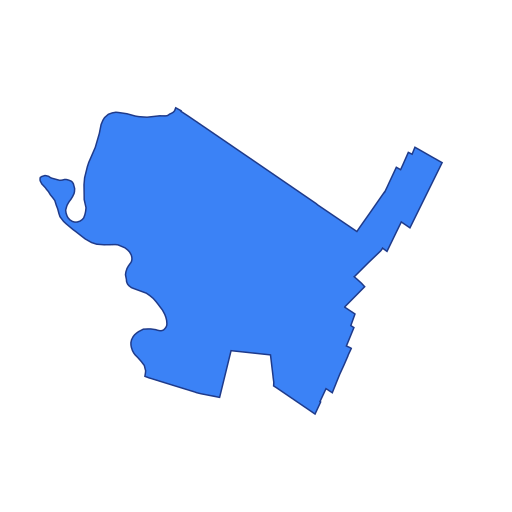 outline of Moldoveni, Ialomita, Romania, rotated 80°
{"feature_id": "2599482B86291871971416", "entity_name": "Moldoveni", "entity_type": "district", "adm_level": 2, "iso_a3": "ROU", "parent_name": "Romania", "parent_adm1": "Ialomita", "projection": "robinson", "projection_center": [26.516, 44.733], "detail": "fine", "context": "isolated", "style": "filled", "palette": "blue", "viewbox_px": 512, "rotation_deg": 80, "n_neighbors": 0, "source": "geoboundaries", "source_scale": "gbopen_adm2", "svg_char_len": 3169}
<svg xmlns="http://www.w3.org/2000/svg" viewBox="0 0 512 512"><g transform="rotate(80 256 256)"><path d="M387.0,261.2L389.3,258.7L397.4,250.4L421.9,225.3L411.0,217.7L410.5,218.3L398.8,210.1L403.9,204.6L403.7,204.5L395.7,199.5L395.5,199.4L387.5,194.4L387.3,194.3L380.1,189.3L378.9,188.5L378.8,188.4L370.2,182.7L369.8,182.6L366.8,180.5L366.7,180.4L363.7,178.3L363.5,178.2L363.1,178.7L362.6,179.3L360.3,182.6L351.9,177.3L343.5,172.0L341.0,174.7L330.3,168.6L321.8,177.5L321.4,177.3L305.1,154.3L301.2,156.8L297.2,159.9L293.5,162.9L293.4,162.7L281.9,146.2L272.6,132.3L271.0,130.6L270.2,130.0L271.8,128.5L274.2,126.2L257.6,114.2L247.7,107.0L255.0,99.5L238.5,87.4L196.4,56.5L189.0,65.5L179.6,76.8L176.5,80.6L179.7,82.6L182.9,84.6L180.4,88.0L191.9,95.7L196.1,98.6L193.0,102.4L206.4,111.8L210.3,114.5L215.6,118.3L215.4,118.5L219.1,122.2L234.2,137.2L245.3,148.4L249.4,152.4L239.4,162.7L216.5,186.3L214.7,187.8L161.7,241.9L106.5,298.4L100.5,304.8L100.0,304.5L96.1,309.3L96.7,309.7L98.8,310.9L100.0,312.4L100.6,314.0L101.0,315.3L101.1,315.8L101.2,316.3L102.0,317.9L102.4,319.2L102.3,320.9L101.2,326.7L100.4,339.2L99.4,343.3L98.4,347.2L97.3,350.4L93.5,358.4L90.9,366.2L90.1,369.0L90.1,372.7L90.8,376.8L93.4,381.1L95.6,383.1L99.6,385.7L108.1,389.0L121.1,395.4L129.6,401.0L134.7,404.4L138.8,406.6L144.0,408.9L145.8,409.7L149.2,411.2L155.9,413.0L166.4,414.7L170.6,415.4L177.0,415.1L179.0,415.0L182.3,416.0L184.1,416.7L185.9,417.5L187.2,418.3L188.5,419.0L189.8,420.6L190.2,421.3L191.1,423.3L191.5,426.2L191.2,428.5L190.1,430.8L189.0,432.0L188.1,433.0L185.5,434.6L183.5,435.2L180.6,435.6L177.8,435.5L174.2,433.8L173.0,433.1L171.4,431.8L169.8,430.4L168.1,428.5L165.5,426.2L164.2,425.3L163.0,424.4L161.1,423.6L158.2,422.9L153.2,423.3L151.4,424.0L150.1,425.1L148.8,427.2L147.8,429.3L147.4,431.0L147.6,433.9L147.5,435.1L147.4,436.2L143.8,443.8L142.7,445.3L141.6,446.3L140.8,448.0L140.1,449.8L140.5,453.1L141.2,454.8L142.6,455.3L144.4,455.5L147.9,454.4L152.3,451.5L153.9,450.8L156.6,449.2L160.0,447.9L163.2,446.1L166.4,444.5L171.1,443.9L175.2,443.1L180.0,442.7L183.3,442.2L188.5,439.5L191.3,437.4L198.2,431.6L200.6,429.3L206.5,424.0L209.5,421.3L214.2,415.6L216.7,410.9L218.5,403.9L219.3,399.3L220.3,392.6L221.0,390.1L223.7,385.9L225.2,383.6L227.8,381.3L230.1,379.8L233.2,378.7L235.5,378.5L237.5,378.7L239.6,379.5L240.9,380.5L241.9,381.6L243.8,383.5L245.9,385.2L249.1,386.9L251.8,387.8L256.6,387.7L258.4,387.9L260.0,387.7L261.5,387.3L263.2,386.3L265.5,384.2L266.9,381.9L270.9,375.0L273.6,370.4L276.7,367.3L279.9,364.6L283.7,362.3L287.1,360.5L290.5,358.8L293.0,357.5L297.6,356.0L300.7,355.4L303.8,355.2L307.2,355.5L309.0,356.0L310.7,357.2L311.9,358.6L312.8,359.9L313.1,361.5L313.1,362.6L312.8,363.9L312.0,365.9L311.1,367.6L309.5,372.5L309.1,374.9L308.5,379.7L310.1,384.8L311.0,386.7L312.5,389.2L314.1,391.0L316.9,393.1L319.5,394.2L322.0,394.6L324.2,394.6L327.7,394.1L330.4,393.2L332.4,392.2L335.1,390.3L339.8,387.4L342.7,385.9L344.4,385.0L347.6,384.8L349.9,384.6L352.0,385.2L355.2,386.3L357.4,382.6L369.1,359.8L379.5,339.5L380.2,338.4L382.1,334.1L388.9,316.4L344.9,297.0L355.9,258.9L377.3,260.1L378.3,260.2L383.4,260.4L387.0,261.2Z" fill="#3b82f6" stroke="#1e3a8a" stroke-width="1.5"/></g></svg>